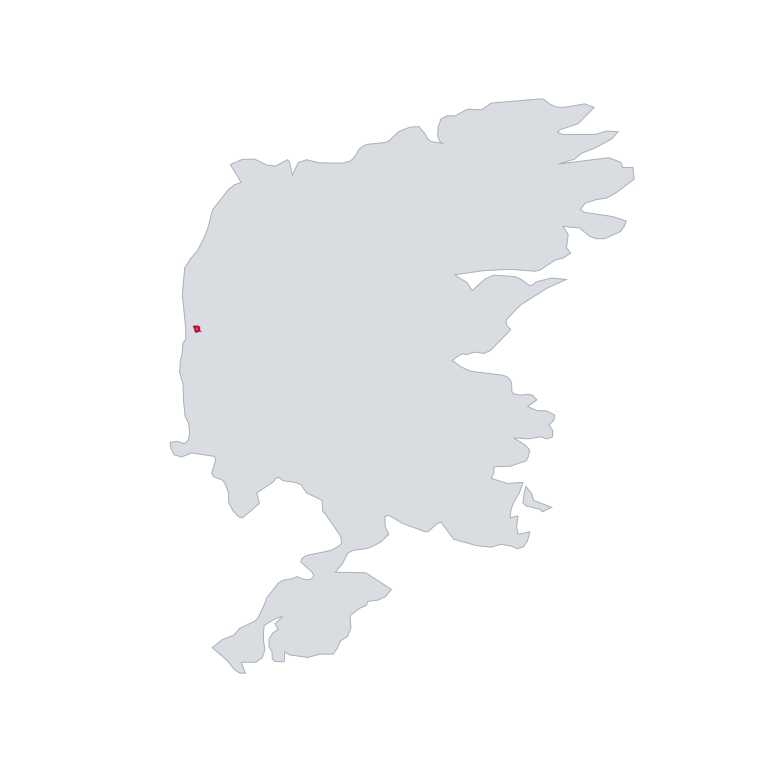 location of Dundrum Lea-7, Dún Laoghaire–Rathdown, Ireland, rotated 189°
{"feature_id": "5873133B72160674948779", "entity_name": "Dundrum Lea-7", "entity_type": "district", "adm_level": 2, "iso_a3": "IRL", "parent_name": "Ireland", "parent_adm1": "Dún Laoghaire–Rathdown", "projection": "orthographic", "projection_center": [-6.254, 53.292], "detail": "fine", "context": "in_parent", "style": "filled", "palette": "rose", "viewbox_px": 768, "rotation_deg": 189, "n_neighbors": 0, "source": "geoboundaries", "source_scale": "gbopen_adm2", "svg_char_len": 4627}
<svg xmlns="http://www.w3.org/2000/svg" viewBox="0 0 768 768"><g transform="rotate(189 384 384)"><path d="M488.5,119.9L473.9,130.0L471.5,133.9L467.2,149.5L466.6,154.0L457.1,171.3L451.9,174.8L444.1,177.5L439.7,180.2L434.1,178.7L427.1,178.8L423.6,181.8L423.7,184.2L425.7,187.0L438.5,195.4L437.7,198.7L434.0,202.4L410.4,211.3L403.3,216.8L400.8,220.5L403.1,226.9L421.3,246.2L424.5,248.3L427.0,259.4L443.4,264.3L450.0,271.3L455.8,273.0L468.5,272.7L473.6,275.3L476.5,273.4L478.2,269.8L492.6,256.6L488.3,246.6L502.8,229.7L506.7,230.0L513.3,235.2L518.8,242.5L520.5,252.2L525.6,261.0L529.0,264.0L538.1,265.8L540.2,269.2L538.5,281.8L539.8,286.0L563.1,285.8L572.4,280.3L580.4,281.3L584.4,287.0L586.2,292.8L579.3,295.0L572.0,293.8L568.5,297.6L568.2,305.0L570.7,314.4L575.5,321.2L579.4,336.3L582.7,353.1L587.7,363.3L588.8,375.9L588.1,382.1L589.0,393.2L586.8,397.1L588.5,407.6L597.2,441.2L599.0,467.5L594.7,477.4L589.0,486.8L585.3,497.9L582.4,509.8L580.6,529.1L568.1,551.8L562.8,557.4L556.6,560.8L570.1,576.7L559.0,583.7L546.9,585.9L533.5,581.8L525.2,582.3L514.5,590.4L512.1,588.9L507.2,575.9L503.4,589.2L495.6,593.4L482.4,592.3L460.2,595.6L451.6,599.2L448.0,605.2L445.3,612.0L441.7,616.0L437.8,618.1L420.5,622.8L417.1,624.8L408.9,635.7L398.3,641.9L389.6,643.6L382.1,636.9L379.1,632.9L375.6,630.9L363.8,630.8L367.5,632.9L369.8,637.6L370.7,646.4L369.1,654.9L363.1,659.1L356.1,659.7L344.9,668.3L330.3,670.2L322.1,678.2L273.5,690.2L270.8,690.2L264.3,686.4L257.1,684.5L249.9,685.3L229.4,692.1L219.7,690.1L233.1,671.4L250.2,662.5L252.0,659.9L246.7,658.3L214.6,663.5L203.3,668.7L192.2,669.8L197.8,661.3L212.6,650.0L225.2,642.7L230.9,635.9L246.1,628.6L197.3,642.7L184.8,640.0L182.1,635.2L172.1,636.9L169.0,625.5L184.5,609.4L193.3,602.5L203.6,599.2L213.5,594.0L217.4,587.3L213.0,584.9L184.1,585.1L170.3,582.8L171.4,577.4L174.3,571.5L189.1,561.9L196.9,560.7L203.8,562.0L215.6,568.8L231.9,567.6L225.5,560.7L225.0,547.1L220.0,542.4L226.9,536.5L234.7,533.0L247.9,520.7L252.4,519.0L277.4,517.0L304.4,511.3L331.2,502.9L317.9,497.2L311.6,490.0L300.6,503.6L292.9,508.6L271.5,510.6L264.8,508.7L255.6,503.9L252.5,505.4L249.7,508.7L235.2,514.8L220.4,515.7L238.2,504.0L261.0,483.8L266.1,477.2L273.5,465.9L271.6,460.6L267.3,457.4L284.0,434.0L289.7,429.9L299.8,429.6L307.2,426.0L310.5,426.2L313.4,424.8L320.2,417.9L310.4,412.9L300.3,410.1L268.5,411.3L264.4,410.6L260.5,408.2L258.1,404.9L256.6,396.6L254.4,394.6L247.3,394.3L240.1,396.5L235.2,396.0L230.6,392.2L238.7,384.2L228.9,381.7L218.8,382.8L210.6,379.9L210.6,374.6L214.7,369.6L210.0,364.3L209.3,358.0L214.7,355.2L220.4,356.5L232.4,352.5L247.4,351.0L234.8,345.7L229.9,341.6L230.0,335.5L231.3,330.5L246.5,322.5L262.5,319.4L261.6,313.7L263.0,307.5L247.1,305.0L231.2,308.5L233.5,296.8L237.8,286.3L238.9,279.3L238.5,271.7L231.1,274.6L230.7,263.9L228.0,256.5L216.9,260.9L217.7,251.3L221.2,244.7L227.0,242.1L232.5,243.7L242.9,244.1L253.2,239.5L267.7,238.9L290.7,241.5L306.0,256.5L310.2,254.1L316.9,245.3L319.9,244.4L343.7,249.2L358.4,254.9L362.4,253.4L360.6,243.4L355.7,236.3L362.4,227.4L370.4,221.5L375.7,218.6L387.8,215.1L393.1,211.7L396.9,200.1L402.7,190.5L372.6,194.7L344.5,182.3L349.3,174.3L355.4,169.9L365.9,166.7L367.0,162.4L372.4,159.1L381.3,150.1L378.5,137.8L380.5,129.0L386.8,123.4L389.0,115.2L391.9,109.2L404.5,107.3L416.7,102.0L435.3,101.7L440.1,104.0L439.2,94.0L447.9,92.9L451.3,94.9L452.7,102.1L456.6,106.7L457.6,114.6L454.8,120.6L450.3,125.2L454.3,130.1L447.8,138.6L454.7,135.1L464.6,126.8L464.2,119.8L462.7,111.1L460.1,103.1L461.5,94.5L467.1,89.2L481.4,86.7L475.7,76.7L480.9,75.9L486.6,78.0L494.8,85.8L512.4,96.8L503.6,106.3L492.8,112.7L488.5,119.9ZM228.4,300.5L227.8,305.0L221.1,298.9L218.0,292.4L199.1,288.5L207.4,282.7L211.2,284.8L224.6,285.7L228.3,288.6L228.4,300.5Z" fill="#d9dde1" stroke="#a8b0b8" stroke-width="1"/><path d="M575.4,411.1L575.7,411.2L576.0,411.5L576.2,411.8L576.4,411.9L576.6,411.9L577.0,411.9L577.9,411.2L578.7,411.1L578.8,411.0L578.9,410.9L578.9,411.0L579.1,410.8L579.2,411.3L579.4,411.5L579.9,411.6L580.4,411.4L580.6,411.2L580.9,410.9L580.3,410.6L579.6,410.5L580.0,409.5L579.9,409.4L579.6,409.2L579.0,408.3L579.0,408.1L579.0,407.8L579.0,407.3L579.0,407.2L578.7,406.9L578.6,407.0L577.9,407.0L577.8,406.3L577.7,406.1L577.6,406.3L577.5,406.5L576.9,406.5L576.7,406.4L576.6,406.5L576.5,406.8L576.4,406.8L576.2,406.7L575.9,406.7L575.8,406.9L575.7,407.1L575.5,407.3L575.4,407.2L575.3,407.3L575.2,407.5L575.0,407.8L575.0,407.7L574.9,407.8L574.4,407.7L574.6,407.9L574.6,408.0L574.8,408.1L574.7,408.5L575.0,408.8L574.9,409.1L575.1,409.2L575.0,409.4L575.1,409.6L575.4,409.6L575.3,409.8L575.3,410.3L575.1,410.9L575.4,411.1Z" fill="#f43f5e" stroke="#9f1239" stroke-width="1.5"/></g></svg>